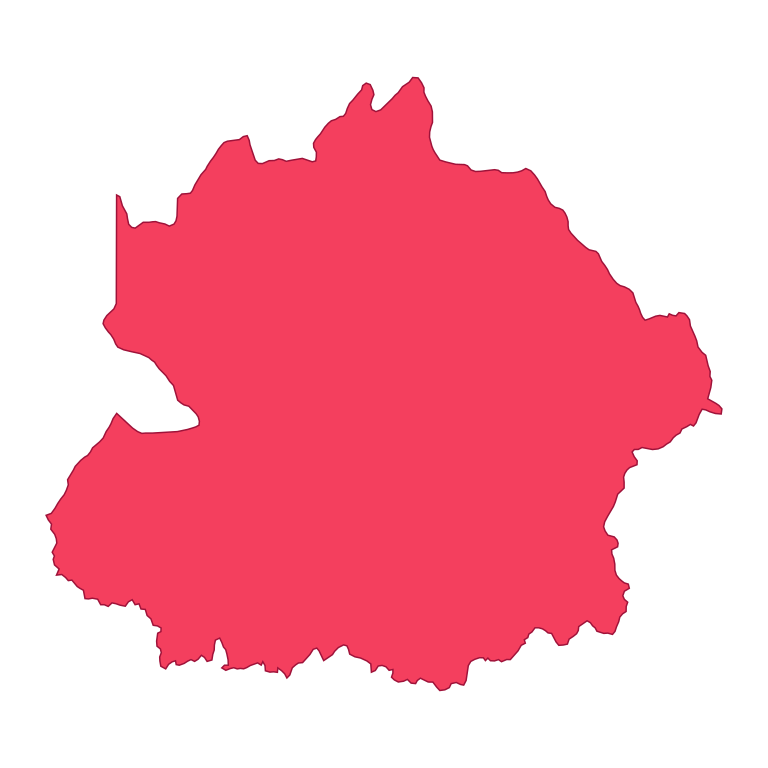 Mumias East, Western, Kenya
{"feature_id": "3690345B49414507598309", "entity_name": "Mumias East", "entity_type": "district", "adm_level": 2, "iso_a3": "KEN", "parent_name": "Kenya", "parent_adm1": "Western", "projection": "robinson", "projection_center": [34.565, 0.336], "detail": "fine", "context": "isolated", "style": "filled", "palette": "rose", "viewbox_px": 768, "rotation_deg": 0, "n_neighbors": 0, "source": "geoboundaries", "source_scale": "gbopen_adm2", "svg_char_len": 6073}
<svg xmlns="http://www.w3.org/2000/svg" viewBox="0 0 768 768"><path d="M558.8,645.3L563.3,645.0L567.4,644.1L569.1,639.1L573.2,636.4L576.6,633.7L578.3,630.5L578.7,626.6L587.1,620.8L590.4,622.7L592.6,625.8L595.2,627.9L596.9,631.2L603.8,633.4L607.7,633.1L612.5,634.4L615.0,631.4L616.5,626.8L618.7,621.7L619.8,617.1L622.6,613.8L626.1,611.5L626.2,606.5L627.7,602.2L624.4,599.4L622.8,595.8L624.4,591.2L629.3,588.3L628.3,584.1L624.3,582.9L621.7,580.9L619.1,578.6L616.4,575.1L614.9,570.3L614.8,564.1L613.7,558.2L611.9,554.0L611.6,549.8L617.6,546.8L618.1,543.3L617.0,540.0L614.2,536.9L607.9,535.2L605.1,531.0L603.6,526.8L604.7,521.8L607.5,516.5L613.4,506.5L615.3,501.9L617.7,494.2L624.1,488.1L624.1,482.2L623.6,477.1L624.8,473.4L626.9,470.1L629.6,467.6L637.0,464.7L637.2,460.8L634.2,456.7L632.1,452.0L634.3,449.5L638.3,449.4L642.0,447.5L652.5,449.5L658.1,448.9L663.2,446.7L666.5,444.1L670.2,441.9L673.3,437.7L676.2,435.1L680.0,433.0L681.9,429.0L686.9,426.6L690.4,424.4L693.5,426.0L696.0,422.9L699.2,414.4L702.1,409.2L705.8,409.9L709.9,411.8L715.4,413.5L721.2,414.0L721.9,408.9L719.0,405.5L715.9,403.4L707.7,398.8L710.8,387.6L711.8,380.3L709.9,376.4L710.2,371.5L708.1,365.6L705.7,355.3L702.0,352.3L698.0,347.0L696.7,340.8L694.9,336.1L690.4,326.0L689.5,319.7L686.9,315.8L684.6,313.5L678.9,312.6L676.0,315.9L672.6,315.3L669.2,313.8L667.5,317.0L659.9,315.4L655.6,316.2L649.1,318.9L645.1,320.2L642.6,317.4L640.7,313.4L639.5,309.7L638.1,306.4L635.8,302.3L632.9,292.9L629.2,289.3L624.5,286.9L620.1,285.6L616.7,283.3L613.1,279.2L609.5,273.9L607.5,269.6L604.9,265.6L601.7,261.4L598.4,253.8L595.9,251.4L589.1,249.8L585.8,247.5L577.5,240.3L571.0,233.2L568.6,229.5L568.1,225.7L568.1,221.7L566.9,217.1L565.0,213.1L562.8,210.1L559.4,208.4L554.9,207.3L550.7,203.8L548.2,199.9L546.7,196.4L545.1,191.5L542.0,186.9L537.4,178.9L534.5,174.9L530.8,170.8L525.8,168.5L521.7,170.8L517.6,172.1L513.0,172.8L507.6,172.9L501.7,172.7L498.3,170.3L494.6,169.7L480.5,171.3L475.5,171.5L471.1,170.0L467.5,165.8L464.5,164.6L455.6,164.3L445.6,161.9L439.8,160.1L434.8,152.5L433.1,149.4L431.8,146.1L429.5,137.3L429.7,131.9L431.0,126.5L432.5,122.4L432.4,111.8L431.1,106.1L427.8,100.7L425.5,96.2L423.9,92.2L424.0,87.8L421.5,82.7L418.1,77.9L412.7,77.5L409.2,82.2L402.5,86.7L398.2,92.7L395.2,95.2L392.0,98.9L380.7,109.9L375.9,111.6L371.9,109.6L370.5,104.7L371.9,99.4L373.9,94.7L372.9,90.3L370.2,84.6L366.2,83.1L362.7,85.6L361.6,89.9L357.7,94.1L352.8,100.2L349.6,103.5L347.3,108.5L345.7,113.4L343.4,116.3L340.0,116.6L335.6,119.4L331.3,120.8L328.3,123.3L324.8,127.2L320.4,133.9L317.7,136.9L315.6,139.5L313.5,143.3L313.8,147.4L316.4,152.2L316.3,157.0L315.7,160.9L312.3,161.8L302.3,158.4L291.6,160.2L286.2,161.3L282.5,159.7L278.7,158.9L274.4,160.5L269.1,160.7L262.4,163.6L258.2,163.4L255.2,160.2L250.0,144.8L249.2,140.3L247.2,135.7L243.3,136.6L239.4,139.6L227.4,141.2L224.0,142.6L221.3,145.6L218.4,149.3L216.0,153.5L213.4,157.4L210.4,161.3L207.2,166.3L205.7,169.4L201.0,174.7L194.9,184.9L192.5,190.5L190.4,193.2L186.7,193.7L181.8,194.0L177.6,198.4L177.0,216.2L176.0,220.8L174.0,224.1L169.3,226.1L164.9,224.0L159.3,222.8L155.6,221.6L152.5,221.8L149.0,222.3L143.2,222.3L135.2,228.1L131.7,227.4L128.7,224.3L127.5,218.7L126.8,213.9L122.4,205.8L119.8,196.7L116.6,195.0L116.3,303.6L113.9,308.9L106.8,315.6L103.9,320.1L103.1,323.7L105.3,327.8L108.5,332.1L110.8,334.6L113.7,339.1L115.7,344.0L117.9,347.2L123.7,349.8L131.6,351.7L140.0,353.5L148.9,357.6L151.7,360.1L154.6,362.1L156.6,365.3L159.2,368.8L166.0,375.7L169.7,381.4L173.5,385.5L177.7,400.2L180.8,402.8L184.0,404.9L188.8,406.2L196.1,413.7L198.2,416.8L199.4,421.3L199.0,425.2L195.8,426.9L192.1,428.1L187.4,429.5L177.4,431.6L152.1,433.1L145.4,433.1L141.8,433.4L137.6,431.6L132.6,428.1L116.7,413.4L113.1,418.6L111.0,423.7L109.2,427.1L106.2,431.5L103.2,438.0L99.6,441.9L92.6,447.8L90.4,452.0L87.6,455.5L84.7,457.1L80.7,460.4L75.2,466.4L73.4,470.1L67.6,479.7L68.3,484.9L66.3,490.4L64.2,494.7L60.9,498.8L57.8,503.4L55.0,508.3L51.3,513.4L46.1,515.3L48.3,519.9L51.5,524.1L50.8,529.2L54.7,534.3L56.3,538.7L56.8,543.1L52.2,552.2L54.4,556.0L53.2,559.3L54.5,564.9L59.1,569.0L56.5,575.1L61.8,574.5L65.6,577.5L68.3,580.6L71.9,580.1L77.2,586.5L80.2,588.5L83.4,590.2L85.0,598.6L88.5,598.9L92.3,598.2L97.7,599.2L100.7,604.7L104.3,604.7L108.2,606.4L112.0,602.9L115.9,603.7L120.2,605.2L125.3,606.2L128.4,601.8L132.2,599.7L135.1,604.7L139.0,603.8L141.0,609.0L145.3,609.4L147.1,615.5L150.9,618.8L153.2,625.3L157.5,625.9L161.1,628.0L160.9,631.6L157.7,633.2L156.6,641.1L157.0,646.2L160.4,648.9L161.3,652.7L159.7,657.0L159.9,661.0L160.8,666.2L165.7,668.9L168.6,664.3L172.2,661.8L175.5,660.8L176.2,664.6L179.3,665.2L184.2,663.4L187.6,661.2L191.0,659.6L194.6,661.4L198.0,659.3L201.4,655.3L204.5,657.4L207.1,661.4L211.9,660.0L212.8,654.3L214.2,650.0L214.4,645.0L215.4,640.1L219.7,638.1L221.8,642.4L223.5,647.0L225.7,649.6L226.9,654.0L228.1,659.9L228.3,665.2L224.5,665.2L221.8,667.9L225.8,670.3L230.4,668.5L233.8,667.7L237.2,668.9L240.3,668.4L243.7,668.8L246.7,667.6L250.3,665.5L257.6,662.9L261.2,665.1L262.8,661.7L265.0,665.5L265.4,670.8L269.9,672.1L273.6,671.8L277.4,672.3L277.8,667.9L281.6,670.7L284.7,673.8L286.9,678.0L289.8,675.0L292.3,667.8L295.6,664.9L298.4,663.0L302.6,662.6L309.9,654.5L313.2,649.3L316.8,648.1L319.0,650.7L323.7,660.6L332.5,654.6L334.6,651.3L338.4,647.5L343.6,644.9L346.9,645.8L348.5,649.3L349.7,654.1L354.9,656.8L360.5,658.0L366.8,660.9L370.8,663.9L371.4,672.2L375.3,670.5L378.2,666.0L382.1,665.4L386.0,666.8L389.1,670.3L392.9,669.5L392.9,673.1L391.5,677.2L394.3,679.9L398.3,682.0L403.6,681.2L407.4,679.4L411.1,683.1L415.6,683.6L417.3,680.5L420.4,678.2L428.2,682.0L432.9,682.1L436.6,687.0L439.8,690.5L444.9,689.8L449.3,687.6L451.2,683.6L456.3,682.5L460.6,684.5L463.7,685.1L466.1,680.5L468.3,665.6L470.8,661.4L474.8,659.3L479.5,657.7L483.4,657.8L485.4,660.6L487.9,658.1L490.4,660.7L494.5,660.9L498.5,659.6L501.5,661.7L506.7,659.5L510.3,659.6L518.0,650.9L521.2,645.3L525.3,643.2L524.3,639.7L527.8,637.6L528.8,634.1L531.9,632.0L535.0,627.8L538.8,627.8L542.4,628.8L545.5,630.7L548.0,632.9L551.6,633.4L556.1,642.0L558.8,645.3Z" fill="#f43f5e" stroke="#9f1239" stroke-width="1.5"/></svg>